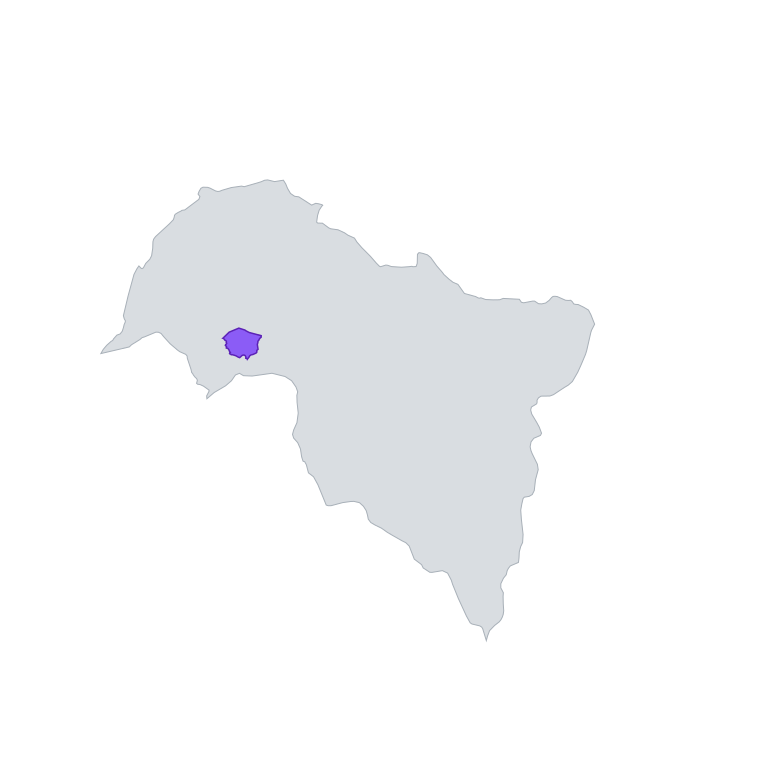 Boali, Ombella-M'Poko, Central African Republic (highlighted), rotated 53°
{"feature_id": "33826404B11454155454969", "entity_name": "Boali", "entity_type": "district", "adm_level": 2, "iso_a3": "CAF", "parent_name": "Central African Republic", "parent_adm1": "Ombella-M'Poko", "projection": "natural_earth1", "projection_center": [18.06, 4.808], "detail": "fine", "context": "in_parent", "style": "filled", "palette": "violet", "viewbox_px": 768, "rotation_deg": 53, "n_neighbors": 0, "source": "geoboundaries", "source_scale": "gbopen_adm2", "svg_char_len": 4936}
<svg xmlns="http://www.w3.org/2000/svg" viewBox="0 0 768 768"><g transform="rotate(53 384 384)"><path d="M512.1,286.0L518.1,287.8L519.2,290.0L517.5,297.0L518.7,301.4L522.1,305.1L525.6,306.7L528.9,307.6L540.4,309.8L545.2,312.4L551.6,320.6L559.5,328.1L561.5,332.1L561.1,335.7L558.8,340.1L559.2,341.9L562.8,346.2L567.0,350.7L574.7,355.7L587.9,363.5L594.0,368.7L596.1,372.7L599.5,377.0L604.2,380.9L607.4,384.0L605.3,392.6L606.0,395.4L607.1,397.8L609.9,401.2L611.0,405.5L613.8,410.9L617.1,413.4L622.5,414.3L625.4,416.8L631.4,421.1L637.2,424.9L639.7,427.4L641.3,429.7L642.6,432.4L643.3,435.1L643.4,440.9L644.5,448.1L647.6,453.0L650.5,456.7L638.7,452.4L636.9,452.3L634.8,453.1L628.6,458.2L626.6,458.9L618.9,457.8L600.0,453.7L585.4,449.8L581.1,448.3L573.3,447.0L568.2,449.7L563.4,458.9L562.0,460.7L554.5,463.4L550.9,462.7L542.1,465.2L528.6,461.4L523.8,462.1L520.0,464.0L510.3,468.2L504.5,470.6L497.6,472.8L491.1,476.1L486.7,477.9L482.5,477.9L478.6,476.0L474.4,474.4L469.3,474.0L464.0,475.0L459.6,478.7L457.8,481.3L453.9,488.3L449.3,499.6L447.5,501.9L445.9,503.0L424.7,497.4L415.7,496.1L409.5,497.8L401.8,494.6L398.4,494.1L396.9,495.1L392.6,493.6L385.6,489.8L378.9,488.2L372.9,488.7L369.2,487.4L366.3,483.7L362.5,476.8L355.6,470.0L346.4,464.5L340.6,460.4L338.3,457.6L333.4,456.1L325.8,455.8L318.5,458.5L308.0,467.0L298.3,484.5L292.8,491.2L288.5,493.0L287.4,497.2L289.6,503.9L290.1,511.6L288.6,524.8L289.2,534.3L286.8,532.8L284.6,528.3L283.6,527.4L277.2,529.4L273.8,531.2L272.0,533.0L270.7,533.3L268.7,530.8L267.0,530.4L264.5,530.8L261.9,530.8L260.3,530.5L259.2,530.7L256.1,529.3L245.1,525.6L243.2,524.4L241.0,524.5L235.2,527.7L232.2,528.6L223.1,530.6L213.3,531.5L209.5,531.6L206.9,533.0L205.3,535.0L202.2,547.1L201.4,549.2L201.6,552.3L200.7,562.0L201.1,565.1L189.3,591.8L187.4,587.4L186.2,582.1L185.7,576.1L186.0,574.6L185.2,572.8L184.2,567.9L185.2,564.7L184.4,561.4L182.2,558.2L180.1,555.7L178.9,553.5L177.9,552.5L175.6,552.2L172.6,551.0L159.6,535.3L146.0,517.7L143.3,512.0L142.2,508.7L145.5,508.3L146.3,507.7L146.4,506.2L144.3,501.7L143.4,495.9L141.7,492.4L136.4,487.0L131.3,482.9L129.7,480.8L128.8,477.8L126.9,458.7L126.0,453.3L124.4,451.0L123.3,449.9L122.8,448.5L123.1,445.1L123.7,442.1L123.7,440.9L125.1,438.3L125.1,420.7L123.5,418.2L120.4,418.2L118.8,415.6L117.5,412.4L117.9,410.1L120.8,406.5L122.8,405.1L128.5,402.3L130.2,400.9L131.2,399.2L131.8,396.8L135.2,387.8L140.2,378.7L142.3,376.9L147.4,363.6L148.6,360.2L149.4,356.8L151.0,354.1L156.5,349.6L160.7,341.7L165.1,342.1L169.7,343.3L175.6,344.0L180.3,342.4L183.3,339.4L197.6,334.1L198.6,329.8L200.9,327.6L203.5,325.6L204.4,325.4L204.6,326.8L206.2,331.2L209.4,335.6L214.2,340.4L215.6,340.1L218.5,336.4L226.0,334.2L227.9,333.2L233.2,327.9L239.6,324.5L243.3,323.3L249.7,319.8L254.3,320.2L261.6,319.7L273.9,318.0L282.7,317.4L287.2,316.8L288.3,316.1L290.1,311.0L291.4,309.6L294.7,307.4L301.3,299.7L305.5,293.2L306.8,290.9L307.7,290.4L309.5,287.7L307.7,284.9L300.4,279.1L300.5,278.4L300.1,277.4L300.5,276.6L303.3,274.2L307.0,271.6L311.0,270.6L321.5,270.8L330.4,270.2L332.5,270.3L339.4,269.0L344.2,267.7L349.0,265.0L360.1,265.3L369.3,258.2L371.9,257.0L373.1,255.9L373.4,254.8L377.7,252.0L382.5,246.2L386.3,241.0L387.4,237.3L397.8,224.9L401.4,225.1L403.2,223.6L407.3,215.3L408.5,213.8L412.8,212.3L414.9,209.9L416.6,206.2L416.6,201.7L415.8,198.0L415.8,196.3L416.8,194.7L418.5,193.0L426.4,188.6L428.3,186.4L429.5,184.5L431.8,184.1L434.2,184.3L435.7,183.1L437.4,181.1L442.9,178.3L448.0,176.2L453.3,177.1L463.0,179.8L465.9,185.8L467.3,187.8L479.2,201.9L481.6,205.2L487.5,215.4L491.2,222.2L495.4,232.1L495.8,237.5L495.3,242.1L494.5,255.1L493.4,258.8L488.2,265.9L488.0,269.0L489.1,271.6L490.7,272.7L491.7,274.0L491.1,280.1L493.0,282.5L496.9,284.1L506.9,285.2L512.1,286.0Z" fill="#d9dde1" stroke="#a8b0b8" stroke-width="1"/><path d="M275.0,459.8L274.2,459.2L273.9,458.8L273.8,457.8L273.2,456.8L272.8,455.6L272.7,454.0L272.5,453.7L272.1,453.6L271.8,453.3L271.5,453.0L261.7,460.7L258.3,462.3L257.2,462.6L252.0,466.3L249.4,476.5L250.5,485.1L250.9,484.7L251.5,484.7L252.0,484.7L252.6,484.7L253.0,484.7L253.6,484.6L253.8,484.4L254.3,484.2L254.9,484.2L255.2,484.3L255.5,484.5L255.7,484.9L256.2,485.1L256.7,485.1L257.0,485.3L257.1,485.6L257.2,486.1L257.3,486.7L257.3,486.9L257.5,487.2L257.7,487.5L258.0,487.5L258.5,487.4L258.8,487.3L259.1,487.2L259.6,487.4L259.9,487.8L260.1,488.1L260.4,488.3L260.7,488.0L261.3,487.5L261.7,487.3L262.5,487.3L263.3,487.3L263.8,487.4L264.1,487.5L264.8,487.7L265.6,487.9L265.9,487.8L266.2,487.7L266.3,488.3L266.4,488.6L266.7,489.0L267.2,489.0L267.6,488.7L268.1,488.5L268.7,488.4L268.9,488.1L269.2,487.6L270.9,486.3L272.5,485.2L274.7,484.3L276.1,483.4L275.8,479.9L276.5,478.5L277.4,477.9L278.3,477.8L279.3,478.1L279.8,478.5L280.2,478.9L280.8,478.4L281.4,478.1L282.0,478.3L281.7,477.2L281.4,475.9L280.7,474.4L280.7,472.8L281.2,471.6L281.5,471.1L282.3,467.6L282.1,466.5L280.6,465.3L280.5,463.7L276.2,461.4L275.0,459.8Z" fill="#8b5cf6" stroke="#5b21b6" stroke-width="1.5"/></g></svg>